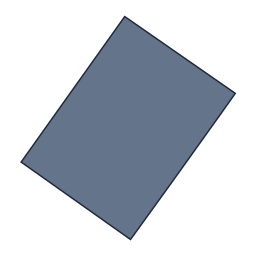 Hamilton, Illinois, United States of America, rotated 215°
{"feature_id": "52423323B64149678111628", "entity_name": "Hamilton", "entity_type": "district", "adm_level": 2, "iso_a3": "USA", "parent_name": "United States of America", "parent_adm1": "Illinois", "projection": "albers", "projection_center": [-88.539, 38.082], "detail": "fine", "context": "isolated", "style": "filled", "palette": "slate", "viewbox_px": 256, "rotation_deg": 215, "n_neighbors": 0, "source": "geoboundaries", "source_scale": "gbopen_adm2", "svg_char_len": 261}
<svg xmlns="http://www.w3.org/2000/svg" viewBox="0 0 256 256"><g transform="rotate(215 128 128)"><path d="M194.6,217.4L194.6,217.1L196.0,38.8L62.0,38.1L61.0,105.7L60.1,195.2L60.0,217.9L194.6,217.4Z" fill="#64748b" stroke="#1e293b" stroke-width="1.5"/></g></svg>